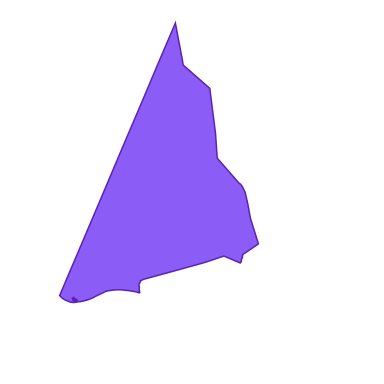 the district of Iriona, Colón, Honduras, rotated 203°
{"feature_id": "27666195B61075928676863", "entity_name": "Iriona", "entity_type": "district", "adm_level": 2, "iso_a3": "HND", "parent_name": "Honduras", "parent_adm1": "Colón", "projection": "equal_earth", "projection_center": [-85.194, 15.529], "detail": "fine", "context": "isolated", "style": "filled", "palette": "violet", "viewbox_px": 384, "rotation_deg": 203, "n_neighbors": 0, "source": "geoboundaries", "source_scale": "gbopen_adm2", "svg_char_len": 4299}
<svg xmlns="http://www.w3.org/2000/svg" viewBox="0 0 384 384"><g transform="rotate(203 192 192)"><path d="M273.3,341.0L273.4,292.2L273.3,255.4L273.4,201.1L273.3,147.0L273.4,44.9L273.1,44.9L272.9,44.8L272.5,44.7L272.4,44.5L272.2,44.5L271.8,44.3L270.5,43.7L270.1,43.7L269.2,43.4L268.2,43.3L267.6,43.2L267.1,43.1L266.4,43.1L265.6,43.0L265.0,43.0L264.3,43.0L263.0,43.0L262.4,43.1L261.0,43.1L260.8,43.1L260.0,43.4L259.1,43.6L258.7,43.7L258.3,43.8L257.5,44.2L257.1,44.4L256.6,44.6L256.4,44.8L256.5,44.9L256.5,45.0L256.8,45.0L256.5,45.5L256.8,45.4L257.0,45.3L257.3,45.4L257.5,45.5L257.6,45.8L257.7,46.0L257.8,46.1L258.0,46.1L258.5,46.0L259.0,45.8L259.3,45.9L259.5,45.9L259.6,46.1L259.7,46.3L259.6,46.6L259.6,46.8L259.7,47.0L260.0,46.8L260.3,46.9L260.4,47.0L260.5,47.2L260.6,47.3L260.5,47.5L260.4,47.6L260.3,47.8L260.3,48.1L260.1,48.3L259.9,48.6L259.7,48.8L259.4,48.8L259.3,48.6L259.2,48.5L259.2,48.3L259.1,48.2L258.9,48.1L258.7,47.9L258.5,47.6L258.3,47.6L258.2,47.5L258.2,47.2L257.9,47.0L257.7,47.0L257.8,47.2L257.8,47.3L257.7,47.4L257.5,47.5L257.9,47.6L258.0,47.6L258.0,47.8L257.9,47.9L257.5,47.8L257.4,47.8L257.4,47.7L257.2,47.5L256.8,47.4L256.7,47.4L256.5,47.5L256.5,47.8L256.5,48.0L256.4,48.0L256.4,47.9L256.4,47.6L256.2,47.9L255.8,47.7L255.6,47.5L255.4,47.3L255.4,47.1L255.3,46.9L255.7,46.3L256.1,45.8L256.2,45.7L256.3,45.6L256.3,45.3L256.4,45.1L256.4,44.9L255.3,45.5L255.0,45.7L254.7,45.9L254.3,46.1L253.0,47.0L252.5,47.2L252.1,47.4L251.7,47.6L251.4,47.9L250.7,48.3L250.5,48.5L249.6,49.0L249.3,49.3L249.1,49.5L248.8,49.8L248.5,50.0L248.2,50.1L247.9,50.4L247.5,50.6L247.0,51.1L246.7,51.2L246.7,51.3L246.5,51.5L246.2,51.8L245.9,52.1L245.4,52.5L245.1,52.6L244.9,52.9L244.8,53.1L244.7,53.2L244.4,53.4L244.0,53.8L243.5,54.2L243.0,54.7L242.6,55.2L242.3,55.5L241.9,55.9L241.5,56.4L241.1,57.0L240.7,57.4L240.5,57.7L239.9,58.4L239.7,58.7L239.4,59.0L239.2,59.2L238.8,59.6L238.7,59.7L238.5,60.0L238.4,60.1L238.1,60.5L237.9,60.7L237.8,60.8L237.5,61.1L237.2,61.4L236.8,62.0L236.5,62.3L236.3,62.5L236.0,62.8L235.8,62.9L235.7,63.0L235.3,63.6L235.2,63.8L234.8,64.2L234.5,64.4L234.3,64.7L233.9,65.3L232.8,66.5L232.5,66.9L232.4,66.9L232.2,67.1L231.7,67.4L231.4,67.8L230.9,68.1L230.6,68.3L229.8,68.7L229.7,68.9L229.4,69.0L229.1,69.2L228.6,69.5L228.2,69.8L227.9,69.9L227.6,70.0L227.4,70.2L227.2,70.3L226.8,70.7L226.6,70.7L226.4,70.8L226.2,70.8L225.8,71.2L225.3,71.4L225.1,71.5L224.8,71.6L224.5,71.7L224.3,71.8L224.0,72.1L223.5,72.3L222.0,73.1L221.4,73.4L220.9,73.5L220.5,73.6L220.3,73.7L220.2,73.8L219.9,74.0L218.9,74.2L218.7,74.4L218.3,74.5L218.0,74.6L217.6,74.7L217.1,74.9L216.7,75.0L216.4,75.1L216.1,75.2L215.9,75.3L215.6,75.3L215.4,75.3L215.2,75.3L214.9,75.4L214.6,75.6L213.8,75.8L213.4,76.0L213.0,76.2L212.8,76.3L212.5,76.3L212.3,76.3L212.1,76.4L211.9,76.5L211.2,76.6L210.9,76.7L209.5,77.0L209.1,77.1L208.5,77.3L208.0,77.5L207.7,77.5L206.9,77.7L206.4,77.8L206.0,77.9L205.3,78.0L204.8,78.1L204.5,78.2L203.7,78.3L202.5,78.4L202.0,78.4L201.8,78.4L201.6,78.4L201.4,78.4L201.4,78.5L201.5,78.6L201.8,78.8L201.8,79.0L201.6,79.1L201.3,79.1L201.2,79.2L201.3,79.2L201.3,79.3L201.7,79.5L201.8,79.6L201.8,79.8L201.6,80.1L201.6,80.3L201.7,80.5L201.9,80.6L202.0,80.7L202.1,81.0L202.2,81.3L202.4,81.8L202.5,82.0L202.8,82.2L202.9,82.4L203.0,82.5L203.2,82.9L203.2,83.0L203.2,83.7L203.2,83.8L203.3,83.9L203.5,84.2L203.6,84.4L203.8,84.6L203.9,84.8L204.1,84.9L204.2,85.1L204.3,85.4L204.6,86.0L204.8,86.4L204.8,86.6L204.7,86.9L204.6,87.1L204.5,87.3L204.6,87.5L204.7,88.1L204.7,88.3L204.7,88.5L204.5,89.0L204.4,89.1L204.4,89.3L204.5,89.4L204.6,89.8L204.7,90.1L204.6,90.4L204.6,90.5L204.3,90.7L204.0,90.8L203.9,90.9L203.7,91.3L202.2,92.9L165.3,122.1L152.5,132.3L137.6,145.5L119.9,145.5L119.8,146.0L119.6,146.6L119.5,146.8L119.4,147.0L119.4,147.3L119.4,147.5L119.5,147.7L119.8,148.2L120.0,148.5L120.0,148.8L120.1,149.1L120.1,149.3L120.1,149.7L120.0,150.1L120.0,150.3L120.0,150.6L120.0,150.9L120.1,151.0L120.0,151.3L120.0,151.5L120.2,152.1L120.3,152.4L120.5,152.6L120.6,152.9L120.6,153.4L120.7,153.6L120.6,153.8L120.6,154.0L120.8,154.3L110.6,170.2L128.0,190.7L134.9,201.2L137.6,205.1L139.8,208.1L141.8,210.9L142.7,212.2L146.7,215.8L147.8,216.7L150.1,218.1L151.5,218.4L152.0,218.5L152.3,218.6L182.0,233.0L193.4,255.4L212.9,288.8L216.1,294.3L249.7,305.4L252.4,309.7L273.3,341.0Z" fill="#8b5cf6" stroke="#5b21b6" stroke-width="1.5"/></g></svg>